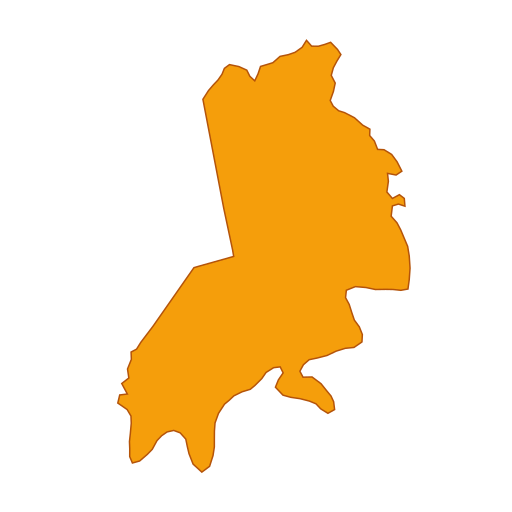 outline of Ipira, Santa Catarina, Brazil, rotated 353°
{"feature_id": "56859067B94705413324675", "entity_name": "Ipira", "entity_type": "district", "adm_level": 2, "iso_a3": "BRA", "parent_name": "Brazil", "parent_adm1": "Santa Catarina", "projection": "mercator", "projection_center": [-51.796, -27.371], "detail": "fine", "context": "isolated", "style": "filled", "palette": "amber", "viewbox_px": 512, "rotation_deg": 353, "n_neighbors": 0, "source": "geoboundaries", "source_scale": "gbopen_adm2", "svg_char_len": 2037}
<svg xmlns="http://www.w3.org/2000/svg" viewBox="0 0 512 512"><g transform="rotate(353 256 256)"><path d="M129.5,435.2L135.2,427.2L140.4,422.9L146.3,419.8L153.1,419.1L159.2,422.3L164.0,429.2L164.6,436.7L165.4,444.0L168.2,454.9L175.9,463.9L184.3,459.1L189.0,448.9L191.4,440.4L192.2,433.9L193.4,424.7L195.0,416.7L199.6,407.6L206.7,399.2L211.7,396.0L217.0,392.1L225.6,389.1L234.1,387.6L239.1,384.4L246.8,378.4L251.8,372.8L259.9,369.0L266.5,369.0L268.7,375.3L263.1,381.7L259.3,388.6L265.8,397.4L273.3,400.5L282.4,403.0L291.3,406.5L297.5,410.0L301.6,415.6L308.2,420.9L315.3,418.0L315.3,410.1L313.4,404.1L310.0,398.8L305.0,390.7L296.9,382.9L287.9,382.0L285.5,375.7L289.8,369.7L296.1,365.4L304.4,364.7L314.4,363.4L324.0,360.2L333.4,358.5L342.1,358.7L350.7,354.2L352.0,346.9L349.9,338.9L345.8,331.6L344.2,324.0L342.6,315.4L339.8,308.3L341.5,301.0L350.9,298.5L361.4,300.7L370.4,303.8L380.7,304.9L387.8,305.9L395.6,307.7L402.8,307.3L405.2,298.2L407.4,286.9L408.1,274.6L407.7,264.9L405.3,256.5L402.8,247.7L400.0,240.3L395.0,233.0L397.5,222.9L403.7,221.8L409.9,224.7L410.2,216.9L405.8,212.6L398.4,215.5L393.7,208.4L396.5,198.0L396.6,190.0L404.9,192.7L411.1,189.6L407.5,179.7L403.0,171.7L396.0,166.1L389.7,165.0L387.5,156.3L383.5,150.3L384.5,144.0L377.8,139.1L370.6,130.8L361.4,124.5L355.7,121.9L350.9,116.7L348.6,110.7L352.9,102.1L355.7,94.0L352.7,85.9L355.7,78.6L360.2,72.2L364.8,66.4L362.0,60.8L356.1,53.0L349.9,54.4L343.4,55.4L336.8,54.5L332.4,48.1L327.2,54.5L319.6,58.6L312.6,60.1L304.2,60.8L296.3,66.2L290.1,67.3L283.6,68.4L280.2,75.5L276.1,82.0L271.8,76.9L269.5,70.4L262.1,65.9L253.0,62.8L247.5,65.9L244.4,71.5L239.7,76.7L234.5,81.0L229.1,85.9L222.4,94.0L229.8,204.7L233.5,247.0L233.8,253.7L199.8,258.9L193.0,260.0L145.1,313.3L131.2,327.6L126.1,333.9L120.3,336.1L119.7,343.4L114.7,352.5L114.9,361.6L107.2,366.2L111.5,377.3L103.8,377.3L100.9,385.1L109.4,392.7L112.4,399.6L111.8,406.8L109.6,417.1L107.8,424.7L107.2,431.8L106.2,439.7L108.1,446.4L115.5,445.3L123.9,439.7L129.5,435.2Z" fill="#f59e0b" stroke="#b45309" stroke-width="1.5"/></g></svg>